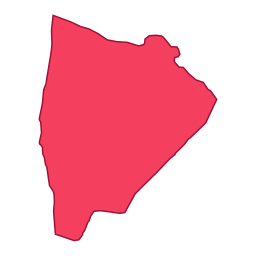 Atescatempa, Jutiapa, Guatemala (Natural Earth projection)
{"feature_id": "79465075B46496054688907", "entity_name": "Atescatempa", "entity_type": "district", "adm_level": 2, "iso_a3": "GTM", "parent_name": "Guatemala", "parent_adm1": "Jutiapa", "projection": "natural_earth1", "projection_center": [-89.726, 14.171], "detail": "fine", "context": "isolated", "style": "filled", "palette": "rose", "viewbox_px": 256, "rotation_deg": 0, "n_neighbors": 0, "source": "geoboundaries", "source_scale": "gbopen_adm2", "svg_char_len": 1072}
<svg xmlns="http://www.w3.org/2000/svg" viewBox="0 0 256 256"><path d="M53.1,15.4L51.5,30.1L52.0,44.1L51.1,52.3L45.9,84.1L43.7,89.7L42.4,103.6L39.4,118.3L39.4,119.9L40.7,122.1L41.5,132.8L39.3,142.5L39.7,144.0L40.6,144.8L41.6,145.9L42.4,147.1L42.7,153.6L44.5,157.9L45.4,164.2L46.8,166.9L49.5,185.5L53.4,191.5L54.1,194.6L54.4,202.1L53.6,211.2L55.4,234.2L74.2,240.6L78.8,239.8L82.5,235.0L82.8,233.0L84.6,230.5L87.9,222.2L89.2,220.7L90.8,215.7L94.1,211.2L101.2,210.7L119.9,213.3L124.8,212.6L135.2,193.7L137.7,191.3L142.5,186.4L153.9,175.2L154.9,174.4L170.0,158.5L175.0,154.5L175.6,153.0L177.6,151.1L184.7,144.0L185.7,142.5L188.6,138.9L190.6,137.5L205.7,122.9L216.7,99.4L210.6,90.9L207.8,89.2L203.3,82.4L195.7,79.8L188.9,73.9L183.2,67.4L179.0,67.1L175.0,62.6L174.2,60.8L174.7,57.5L178.2,56.7L179.9,54.2L178.5,49.4L176.7,46.9L171.2,46.8L163.5,37.4L161.5,36.0L156.3,35.3L149.3,35.7L145.0,39.1L144.7,42.7L143.7,44.6L138.7,45.9L126.9,42.3L117.0,41.7L107.2,39.9L98.2,33.7L88.6,28.8L80.4,26.5L71.7,22.3L54.6,15.9L53.1,15.4Z" fill="#f43f5e" stroke="#9f1239" stroke-width="1.5"/></svg>